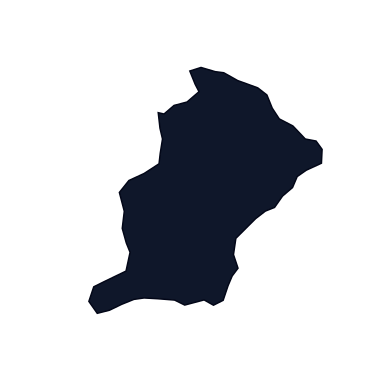 Kyra, Cyprus, rotated 158°
{"feature_id": "46923920B69110697471106", "entity_name": "Kyra", "entity_type": "district", "adm_level": 2, "iso_a3": "CYP", "parent_name": "Cyprus", "parent_adm1": "", "projection": "albers", "projection_center": [33.068, 35.212], "detail": "fine", "context": "isolated", "style": "filled", "palette": "ink", "viewbox_px": 384, "rotation_deg": 158, "n_neighbors": 0, "source": "geoboundaries", "source_scale": "gbopen_adm2", "svg_char_len": 883}
<svg xmlns="http://www.w3.org/2000/svg" viewBox="0 0 384 384"><g transform="rotate(158 192 192)"><path d="M57.9,192.8L67.1,198.7L73.7,215.4L83.7,227.1L86.2,239.7L86.2,253.9L92.0,263.9L100.4,271.5L107.9,278.2L117.9,290.7L125.4,294.9L137.0,304.1L148.7,305.0L148.7,290.7L147.9,282.4L162.9,277.3L176.2,279.0L188.7,274.8L193.6,278.2L197.8,263.1L199.5,252.2L207.0,239.7L212.0,230.5L229.5,227.1L246.2,226.3L259.5,218.8L262.0,199.5L270.3,184.4L272.0,169.4L272.0,159.3L282.8,143.4L306.9,141.8L318.6,140.9L328.6,129.2L325.3,115.0L312.8,113.3L299.4,114.2L286.1,114.2L276.1,111.7L263.6,105.8L248.6,98.3L241.1,89.9L221.2,87.4L214.5,79.0L203.7,79.9L193.7,91.6L186.2,99.1L177.9,104.1L177.0,118.4L168.7,132.6L152.9,139.3L142.9,143.5L131.2,146.8L121.2,146.8L109.6,154.3L97.1,158.5L88.7,166.9L77.9,169.4L61.2,170.2L55.4,182.8L57.9,192.8Z" fill="#0f172a" stroke="#020617" stroke-width="1.5"/></g></svg>